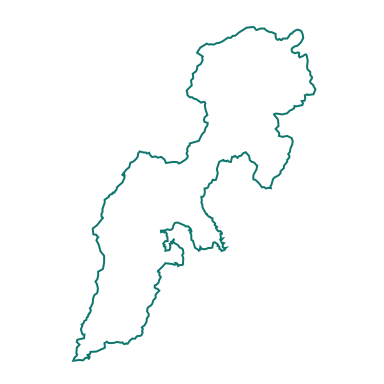 Van Chan, Yên Bái, Vietnam, rotated 266°
{"feature_id": "81297802B1430654702420", "entity_name": "Van Chan", "entity_type": "district", "adm_level": 2, "iso_a3": "VNM", "parent_name": "Vietnam", "parent_adm1": "Yên Bái", "projection": "mercator", "projection_center": [104.568, 21.57], "detail": "fine", "context": "isolated", "style": "outline", "palette": "teal", "viewbox_px": 384, "rotation_deg": 266, "n_neighbors": 0, "source": "geoboundaries", "source_scale": "gbopen_adm2", "svg_char_len": 6004}
<svg xmlns="http://www.w3.org/2000/svg" viewBox="0 0 384 384"><g transform="rotate(266 192 192)"><path d="M330.6,206.8L326.4,212.2L325.2,211.5L322.6,211.8L319.1,209.7L317.1,206.1L314.1,205.5L312.1,204.4L309.9,201.0L305.8,201.2L304.7,200.6L304.3,199.5L303.0,198.8L298.4,199.2L293.9,194.0L293.1,193.7L291.7,194.2L289.0,194.2L286.7,196.3L286.6,198.6L284.8,200.7L284.3,202.7L280.5,207.3L281.2,209.5L281.0,210.8L279.3,211.5L277.5,210.8L273.6,211.2L267.7,212.7L265.7,209.9L263.1,208.9L261.1,209.4L259.8,212.5L257.1,211.9L255.2,210.1L251.3,208.7L249.0,206.1L242.5,202.3L240.6,193.2L238.5,192.9L237.8,191.4L235.1,190.1L233.0,190.4L231.1,189.3L229.7,189.5L228.8,190.3L227.1,190.1L225.1,188.4L221.8,182.5L221.4,180.7L222.7,179.6L223.3,175.6L222.8,168.1L226.3,166.8L229.2,163.7L228.6,160.2L230.0,158.3L229.7,154.6L232.0,152.7L234.1,152.0L233.5,149.8L234.6,148.8L234.7,146.7L236.1,142.7L234.1,140.9L231.2,140.4L229.2,138.9L226.6,135.8L225.5,132.6L221.0,131.1L218.8,127.9L214.0,123.7L213.2,124.8L214.4,125.6L213.1,125.9L210.7,125.6L206.3,123.2L202.1,117.6L199.6,116.9L197.9,115.0L196.8,114.6L196.9,112.8L195.7,112.5L195.1,110.1L193.8,108.8L193.0,108.8L190.4,104.3L187.6,104.2L181.3,101.5L178.6,101.4L176.2,100.1L173.4,100.1L172.8,101.2L172.3,101.3L165.2,94.6L162.7,90.7L161.9,90.4L156.9,90.6L156.3,91.3L156.2,93.2L153.4,95.3L152.3,94.1L150.3,93.3L146.3,95.2L139.2,96.6L134.4,99.9L127.8,99.4L122.5,98.1L121.2,97.5L119.1,92.8L115.9,92.7L111.6,91.5L109.5,89.5L106.5,90.8L102.5,91.4L98.6,90.7L97.6,90.1L96.0,87.4L92.4,85.8L88.2,85.2L84.4,83.2L83.2,82.0L81.2,82.9L78.7,81.9L78.2,81.0L77.0,80.7L76.7,80.0L74.6,79.3L74.3,78.4L71.6,77.5L70.9,75.5L68.3,74.5L67.5,72.7L66.2,73.3L62.7,71.6L58.1,72.6L57.4,73.2L57.4,74.7L53.7,74.1L52.6,67.3L50.4,66.6L47.6,69.1L44.7,66.2L39.0,65.4L38.0,66.1L36.9,65.6L34.9,63.3L31.9,61.7L32.3,67.8L31.7,71.3L32.1,72.3L33.6,73.5L34.1,75.1L33.9,76.5L32.9,77.3L33.6,78.1L35.1,78.2L36.1,76.6L36.8,76.4L37.3,78.8L39.6,79.6L39.5,85.5L42.6,93.9L43.1,94.3L47.3,94.1L48.6,96.8L47.2,98.1L46.8,102.5L47.7,107.1L46.7,110.0L46.8,112.2L45.4,113.1L44.9,114.5L45.6,115.7L45.1,117.2L48.2,119.7L49.9,122.2L49.7,125.1L51.9,126.8L52.3,131.1L53.5,132.2L55.7,133.0L56.3,132.5L57.4,132.7L58.6,133.4L60.5,132.5L62.2,135.2L65.4,137.5L69.2,138.2L71.5,140.2L73.7,140.2L76.0,138.9L78.3,139.2L80.0,140.1L81.7,143.1L83.3,144.6L86.6,145.8L89.0,148.4L91.5,148.4L93.0,149.3L95.8,152.5L97.7,151.0L98.3,149.2L99.4,148.1L101.4,148.3L101.7,149.7L103.8,152.2L107.2,153.5L108.8,154.8L109.6,154.9L110.6,153.9L111.9,153.6L114.0,154.0L114.9,152.4L115.6,152.5L119.6,157.4L122.8,160.5L121.5,167.4L120.6,169.2L120.9,171.2L122.3,170.5L122.0,171.8L120.7,172.8L119.1,173.0L119.9,174.5L120.0,177.6L121.0,178.0L126.8,178.7L129.7,177.8L131.5,179.2L135.3,178.9L136.7,177.6L137.4,175.9L139.9,174.4L143.2,169.7L146.7,170.9L143.9,168.9L143.8,167.8L142.0,168.3L142.0,166.2L138.6,166.6L135.7,165.5L135.2,161.4L139.0,161.7L139.7,160.2L141.1,160.9L141.3,160.1L142.5,159.7L144.8,161.9L144.8,164.3L149.1,164.3L150.3,163.5L152.0,164.0L153.6,163.0L153.5,161.7L154.5,160.2L154.1,158.4L155.6,158.3L155.5,162.0L156.5,165.1L155.7,166.9L155.9,168.9L157.1,170.2L159.5,170.9L162.1,172.6L162.5,174.0L162.4,176.0L159.2,182.2L158.1,183.3L158.1,185.6L155.4,188.1L154.6,188.2L154.7,187.2L154.0,186.5L153.1,188.7L152.4,188.6L152.1,187.5L151.5,187.3L149.4,188.3L144.3,188.0L143.3,189.6L136.2,191.1L133.7,194.5L133.0,194.7L133.4,195.7L136.6,196.5L134.5,197.9L134.1,199.8L134.2,202.0L135.1,204.5L134.8,206.3L135.1,208.3L139.8,209.6L140.3,211.3L137.9,214.1L137.3,214.4L136.4,213.8L135.6,215.5L133.4,215.3L132.5,216.9L131.1,217.4L132.1,220.7L133.3,221.0L133.9,221.8L133.7,220.2L134.9,218.8L137.4,219.1L138.8,220.4L139.1,219.6L138.4,218.6L142.1,217.0L141.9,217.9L143.4,219.3L143.1,217.6L145.7,217.5L148.2,217.5L148.2,218.9L148.7,219.1L151.0,217.7L150.9,215.6L152.2,214.5L154.6,213.3L155.4,214.5L157.6,212.3L159.0,212.9L162.0,210.3L164.3,210.6L165.0,208.9L165.9,208.4L166.0,207.4L167.8,205.6L168.8,205.5L169.0,204.6L175.6,201.5L179.0,201.4L180.7,200.6L182.6,201.2L186.5,201.0L186.4,202.5L188.4,204.2L191.0,204.8L194.6,204.8L194.8,207.0L195.6,208.4L198.8,209.7L200.0,212.1L202.8,213.6L202.2,215.4L202.6,216.8L208.7,219.0L213.2,218.4L220.2,221.3L221.8,225.5L220.7,226.2L220.9,227.0L220.2,228.2L220.9,229.5L219.8,230.7L219.3,232.9L224.2,234.4L224.2,236.1L225.1,237.4L222.9,239.8L224.4,241.3L224.8,243.5L227.1,245.9L227.9,248.4L223.9,251.5L219.7,251.9L218.0,253.7L216.9,256.3L214.9,257.6L213.9,258.9L210.0,257.9L204.7,254.5L200.7,254.0L200.1,254.5L199.8,256.0L196.3,259.3L191.8,262.1L191.9,264.1L190.3,266.2L190.9,268.0L190.3,271.0L192.2,270.6L193.6,271.7L199.3,273.8L200.7,275.2L202.7,279.8L204.7,281.7L206.5,281.7L209.4,285.3L211.6,285.5L215.6,289.1L217.4,289.2L219.4,291.4L221.5,291.7L223.1,290.6L225.1,292.4L229.0,293.4L232.4,295.4L235.8,296.0L238.9,295.1L241.3,290.8L240.7,286.1L241.9,282.6L244.4,283.1L245.4,282.7L249.1,279.8L251.8,282.9L257.1,282.9L259.1,282.4L263.4,279.2L264.1,279.6L264.4,281.5L263.1,287.4L263.9,292.5L266.3,295.1L267.2,297.7L268.6,299.8L270.6,300.2L270.1,301.7L271.0,308.1L272.5,308.9L275.1,307.9L275.1,310.5L277.5,311.5L280.5,311.3L281.4,313.5L280.7,314.4L281.0,320.0L285.9,322.3L288.8,320.7L290.3,320.4L292.3,318.1L294.1,317.4L297.1,319.6L298.2,319.8L300.2,318.2L303.6,318.3L306.3,315.8L309.2,315.5L314.6,316.6L320.2,315.9L321.2,315.4L321.3,314.5L319.8,312.0L318.8,308.7L319.9,308.1L323.4,308.5L323.8,306.9L323.2,304.4L324.7,301.7L326.6,301.3L328.2,301.6L330.0,304.5L330.7,307.6L333.4,310.9L337.8,313.7L341.7,313.4L345.0,312.2L346.6,309.1L346.2,307.0L344.4,303.8L343.1,303.1L343.1,301.5L338.5,297.8L338.7,293.2L337.3,292.0L337.4,291.3L338.6,290.0L337.8,288.5L338.0,287.6L339.1,286.7L341.5,286.2L343.8,286.5L345.8,282.9L346.1,280.6L348.0,277.4L350.0,275.6L350.3,271.7L349.1,267.9L349.4,267.1L351.9,265.6L352.3,264.7L352.2,258.1L347.9,250.1L344.9,246.0L344.9,243.5L343.0,241.3L343.5,238.7L340.0,232.7L338.8,229.2L338.8,227.1L337.5,224.0L338.1,221.0L337.9,219.0L339.0,217.2L335.5,210.4L330.6,206.8Z" fill="none" stroke="#0f766e" stroke-width="2"/></g></svg>